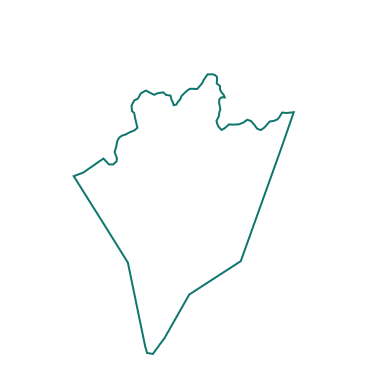 Governador Archer, Maranhão, Brazil (Albers equal-area conic projection), rotated 325°
{"feature_id": "56859067B45377194225928", "entity_name": "Governador Archer", "entity_type": "district", "adm_level": 2, "iso_a3": "BRA", "parent_name": "Brazil", "parent_adm1": "Maranhão", "projection": "albers", "projection_center": [-44.182, -5.001], "detail": "fine", "context": "isolated", "style": "outline", "palette": "teal", "viewbox_px": 384, "rotation_deg": 325, "n_neighbors": 0, "source": "geoboundaries", "source_scale": "gbopen_adm2", "svg_char_len": 1426}
<svg xmlns="http://www.w3.org/2000/svg" viewBox="0 0 384 384"><g transform="rotate(325 192 192)"><path d="M104.2,111.2L101.3,169.5L99.2,208.5L99.0,213.0L65.1,291.6L62.9,298.1L67.0,302.2L72.8,300.2L75.5,299.4L77.9,298.4L81.0,297.5L85.5,296.0L131.0,274.4L192.3,276.6L293.1,205.3L321.1,185.0L318.3,183.5L314.5,181.3L311.4,178.6L306.4,180.8L303.6,181.5L299.8,180.7L296.1,178.8L292.2,179.8L288.3,180.7L283.8,180.7L281.7,177.5L281.6,172.8L281.0,167.5L278.6,164.5L274.1,164.6L269.3,163.5L264.2,160.3L261.0,157.8L258.1,158.2L254.6,158.5L251.8,158.1L251.2,153.8L251.8,150.4L252.9,147.7L255.3,146.5L257.8,145.1L260.0,142.4L262.6,140.6L264.2,137.2L265.3,134.5L267.5,131.8L270.4,131.3L273.1,133.3L273.7,130.3L273.3,127.5L273.7,124.3L275.7,121.2L274.5,117.3L277.0,114.3L278.5,111.9L277.9,109.2L275.9,107.0L272.1,104.6L265.9,106.9L262.5,108.8L255.3,110.6L252.2,108.2L249.4,106.2L245.9,106.2L241.4,106.8L237.9,107.6L235.5,109.3L231.7,110.3L229.3,111.4L226.8,110.4L227.7,107.9L228.1,104.8L229.7,100.8L226.4,97.5L225.7,94.0L222.5,92.3L220.1,91.3L216.8,90.7L214.9,87.3L212.5,82.5L206.8,81.8L201.2,84.5L197.4,83.8L192.1,86.5L189.3,91.2L189.9,94.2L187.8,98.8L184.1,108.1L180.3,108.5L174.9,107.3L170.4,106.8L167.1,105.7L163.7,105.7L160.8,106.9L158.8,108.5L157.0,110.4L154.4,112.6L151.5,114.9L149.8,121.5L147.6,123.7L143.1,124.2L139.7,121.6L139.3,118.0L138.6,113.8L114.0,113.7L104.2,111.2Z" fill="none" stroke="#0f766e" stroke-width="2"/></g></svg>